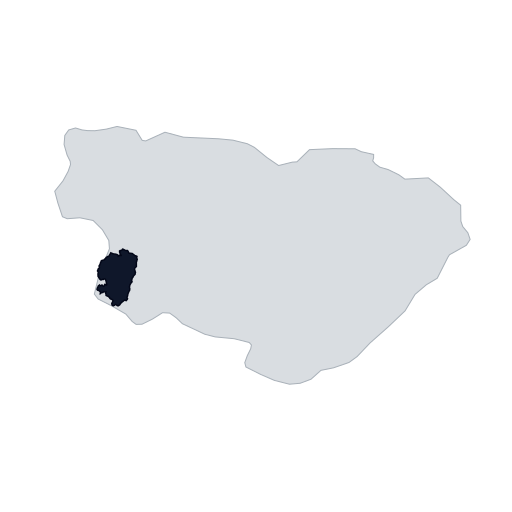 Bumdeling, Tashi Yangtse, Bhutan shown in context, rotated 189°
{"feature_id": "84629894B8904358941352", "entity_name": "Bumdeling", "entity_type": "district", "adm_level": 2, "iso_a3": "BTN", "parent_name": "Bhutan", "parent_adm1": "Tashi Yangtse", "projection": "natural_earth1", "projection_center": [91.504, 27.79], "detail": "fine", "context": "in_parent", "style": "filled", "palette": "ink", "viewbox_px": 512, "rotation_deg": 189, "n_neighbors": 0, "source": "geoboundaries", "source_scale": "gbopen_adm2", "svg_char_len": 6987}
<svg xmlns="http://www.w3.org/2000/svg" viewBox="0 0 512 512"><g transform="rotate(189 256 256)"><path d="M408.5,217.8L407.7,221.2L404.2,230.3L401.9,240.2L403.8,248.3L411.8,257.9L422.4,265.6L435.9,266.2L448.3,263.3L453.3,264.5L460.0,277.4L464.9,288.5L458.4,300.0L454.8,310.1L453.5,317.3L454.3,320.4L458.4,326.2L463.0,336.1L463.7,345.2L460.7,351.2L454.3,354.2L447.5,353.3L441.9,353.5L434.8,354.5L423.7,357.9L413.5,362.2L394.2,361.4L386.5,352.4L382.9,352.4L365.3,364.0L346.2,362.0L311.5,365.9L296.9,366.8L282.0,365.5L274.5,363.0L260.5,354.9L247.8,348.9L234.8,354.4L230.3,355.4L219.8,369.4L197.3,374.0L174.9,377.4L168.3,375.5L155.7,374.7L155.2,371.4L155.6,368.2L152.7,365.7L147.6,363.1L138.8,362.0L127.5,358.5L121.0,355.2L98.0,360.1L84.6,352.7L69.5,342.6L61.8,338.2L59.1,322.5L56.4,317.4L50.4,312.1L47.1,305.9L49.9,299.5L65.1,287.5L66.3,284.7L73.5,262.4L83.2,254.3L92.9,243.0L100.2,225.1L114.3,206.7L129.8,187.9L140.4,172.5L147.5,165.4L161.9,157.7L174.0,153.2L182.4,142.9L192.5,137.2L202.9,134.6L218.3,136.0L232.7,139.7L248.6,144.8L250.4,148.9L249.0,156.2L246.7,163.6L246.6,167.4L249.1,169.5L264.6,170.9L283.6,169.7L294.3,170.7L318.1,177.6L325.0,182.4L332.3,186.1L339.4,185.4L348.4,177.5L357.9,170.8L363.7,169.7L368.0,171.9L375.5,178.3L391.2,184.3L405.2,188.8L409.7,193.1L408.2,211.6L408.5,217.8Z" fill="#d9dde1" stroke="#a8b0b8" stroke-width="1"/><path d="M389.1,184.5L388.1,185.2L387.5,185.9L387.3,186.0L387.1,186.1L386.9,186.1L386.4,186.0L386.1,185.8L385.6,185.5L385.2,185.3L384.6,185.2L384.4,185.2L384.0,185.5L383.0,186.4L382.3,188.0L381.6,188.9L381.3,189.4L380.8,189.8L380.5,190.2L379.8,190.9L379.5,191.4L379.2,191.6L378.8,191.9L378.5,191.9L378.3,191.9L378.1,191.7L377.1,191.7L377.0,192.0L376.9,192.2L376.8,192.5L376.6,192.7L376.5,193.0L376.3,193.2L376.3,193.5L376.2,193.8L376.3,194.0L376.6,194.2L376.8,194.5L376.9,194.8L376.9,195.0L376.9,195.4L376.7,196.0L376.6,196.5L376.6,198.1L376.6,198.8L376.5,199.1L376.3,199.5L376.2,200.4L376.1,200.6L376.1,200.8L376.0,201.1L375.9,201.3L375.7,201.8L375.5,202.1L375.5,202.4L375.5,202.7L375.5,203.0L375.5,203.5L375.5,203.8L375.6,204.0L375.7,204.3L376.0,204.9L376.1,205.5L376.2,205.8L376.0,206.7L376.1,207.3L376.2,207.5L376.2,207.8L376.0,208.0L375.9,208.1L375.8,208.4L375.7,208.6L375.5,209.0L375.4,209.3L375.3,209.6L375.2,209.9L374.6,210.7L374.4,211.2L374.5,211.4L374.7,211.8L375.1,212.7L375.1,212.9L374.9,213.5L374.9,213.8L374.9,214.1L374.9,214.3L374.9,214.5L374.8,214.8L374.8,215.0L374.6,215.2L374.3,215.6L374.2,215.9L374.1,216.5L373.9,217.0L373.7,217.5L372.9,218.5L372.7,218.9L372.5,219.3L372.6,219.8L372.7,220.3L372.5,221.1L372.9,221.6L373.2,222.4L373.4,222.9L373.8,223.5L373.9,224.1L373.8,225.2L373.4,225.8L372.7,226.6L372.5,227.1L372.6,227.7L372.8,228.1L372.8,228.8L373.0,229.6L373.0,230.1L373.2,230.6L373.3,231.1L373.1,231.4L373.0,231.8L373.1,232.5L372.8,233.7L372.8,234.2L373.3,235.0L373.6,235.8L373.6,236.1L373.5,236.8L373.5,237.0L374.1,237.2L374.4,237.3L375.1,237.4L375.4,237.4L375.6,237.4L375.9,237.5L376.3,237.8L376.9,238.2L377.2,238.3L377.6,238.5L378.1,238.8L378.3,239.0L378.6,239.1L378.9,239.1L379.2,239.1L379.4,239.1L379.7,239.0L380.1,239.1L380.8,239.0L381.3,238.9L381.6,239.0L381.8,239.1L382.1,239.1L382.3,239.3L382.4,239.5L382.5,239.8L383.2,240.8L383.8,241.3L384.0,241.3L384.4,241.2L384.6,241.1L385.0,241.1L385.5,241.1L385.9,241.1L386.6,241.2L387.0,241.5L387.4,241.6L387.7,241.7L388.2,241.5L388.4,241.6L388.6,241.8L388.7,242.0L388.9,241.9L389.1,241.4L389.5,240.8L389.7,240.5L390.0,240.4L390.3,240.3L390.5,240.2L390.9,240.2L391.3,239.9L391.5,239.6L391.3,239.4L391.2,239.2L391.3,238.9L391.4,238.7L391.2,238.2L390.8,237.8L390.7,237.6L390.7,237.3L390.6,237.1L390.5,236.8L390.1,236.5L389.8,236.1L389.7,235.9L389.3,235.6L389.2,235.4L389.4,235.3L390.1,235.4L390.6,235.4L390.8,235.3L391.1,235.2L391.3,235.0L391.4,234.8L391.5,234.6L391.8,234.3L392.0,234.2L392.1,234.6L392.2,234.9L392.5,235.2L392.7,235.3L392.9,235.4L393.5,235.7L393.9,235.8L394.4,235.7L394.7,235.8L395.0,235.9L395.3,235.8L395.6,235.8L395.9,235.8L396.2,235.8L397.4,235.8L398.1,235.9L398.3,236.0L398.7,236.2L399.6,236.3L399.9,236.4L400.0,235.9L400.1,235.6L400.2,235.4L400.3,235.3L400.4,234.8L400.7,234.4L400.8,234.1L400.9,233.8L401.1,233.3L401.2,232.7L401.3,232.6L401.5,232.5L401.7,232.4L402.2,232.4L402.4,232.2L402.7,232.1L402.9,231.8L403.5,231.3L403.7,231.2L404.0,230.6L404.1,230.0L404.2,229.8L404.6,229.5L404.8,229.4L405.1,229.2L405.4,228.4L405.9,228.1L406.1,228.0L406.5,227.9L407.5,227.5L407.9,227.0L408.1,226.9L408.1,226.7L408.2,226.2L408.3,225.4L408.5,225.1L408.6,224.6L408.6,223.9L408.7,223.6L408.8,223.3L408.9,222.7L409.0,222.5L409.2,222.3L409.3,222.1L409.4,221.8L409.4,221.6L409.4,221.4L409.3,221.2L409.2,221.0L409.0,220.5L408.8,220.0L408.9,219.7L409.0,219.4L409.2,219.2L409.4,219.1L409.5,219.0L409.7,218.9L409.7,218.7L409.7,218.4L409.8,218.2L410.0,217.6L410.1,217.2L410.2,216.6L410.2,216.4L410.0,216.2L409.7,216.1L409.5,215.7L409.3,215.4L409.2,214.9L409.2,214.7L409.2,214.3L409.3,214.0L409.2,213.5L409.2,213.0L409.1,212.7L409.0,212.4L409.0,212.1L408.9,211.8L408.9,211.5L408.8,211.2L408.6,210.9L408.3,210.8L407.8,210.0L407.7,209.9L406.9,209.3L406.7,209.0L406.6,208.7L405.8,208.2L405.6,208.2L405.4,208.1L404.9,208.3L404.6,208.4L404.3,208.7L404.0,208.9L403.9,209.0L403.6,209.0L402.9,209.0L402.6,209.5L402.3,209.7L402.0,209.8L401.6,209.7L401.4,209.5L400.9,209.1L400.6,208.6L400.1,207.5L399.9,207.3L399.8,207.1L399.7,206.5L399.6,206.0L399.5,205.8L399.4,205.6L399.2,205.4L399.0,204.9L398.9,204.4L398.9,204.2L399.2,203.8L399.4,203.8L399.6,203.7L400.1,203.9L400.2,204.1L400.3,204.1L400.6,204.3L400.8,204.4L401.1,203.9L401.1,203.7L401.2,203.4L401.2,203.2L401.4,202.6L401.6,202.3L401.7,202.2L402.0,202.2L402.3,202.3L402.9,202.6L403.0,202.8L403.2,203.1L403.3,203.2L403.5,203.2L403.8,203.2L404.1,202.9L404.2,202.7L404.6,202.3L404.8,202.2L405.0,202.3L405.6,202.6L405.9,202.8L406.0,202.9L406.2,202.7L406.4,202.4L406.7,202.1L407.0,201.9L407.1,201.5L407.2,201.2L407.2,200.8L407.3,200.6L407.3,200.4L407.6,199.8L407.7,199.5L407.8,198.2L407.7,197.9L407.4,197.7L407.1,197.5L407.0,197.4L406.7,197.4L406.0,197.4L405.9,197.3L405.5,197.2L405.3,197.0L405.2,196.9L404.4,196.5L403.9,196.0L403.9,195.5L404.0,195.1L403.9,194.5L403.7,194.7L403.4,195.2L403.2,195.3L403.0,195.5L402.8,195.6L402.6,195.7L401.9,195.9L401.4,196.1L401.2,196.7L400.9,196.9L400.6,197.0L400.4,197.0L399.8,196.9L399.5,196.9L399.1,197.0L398.7,197.1L398.8,196.6L398.7,196.1L398.6,195.5L398.5,195.4L398.3,195.0L398.1,194.7L398.0,194.3L398.0,193.9L397.9,193.6L397.5,193.5L397.3,193.4L396.9,193.3L396.5,193.2L396.3,193.2L396.1,193.1L395.8,193.2L395.7,193.1L395.4,192.9L395.0,192.5L394.6,192.4L394.2,192.1L394.0,191.9L393.9,191.6L393.7,191.5L393.6,191.3L393.4,191.1L392.5,190.7L392.2,190.7L391.8,190.7L391.5,190.6L391.3,190.5L391.2,190.4L391.0,190.2L390.5,190.0L390.4,189.8L390.3,189.7L390.3,189.2L390.3,188.7L390.4,188.4L390.5,188.1L390.9,187.0L391.0,186.8L391.0,186.6L391.0,186.4L390.8,186.1L390.7,185.6L390.7,185.4L390.4,184.9L389.6,184.6L389.4,184.6L389.1,184.5Z" fill="#0f172a" stroke="#020617" stroke-width="1.5"/></g></svg>